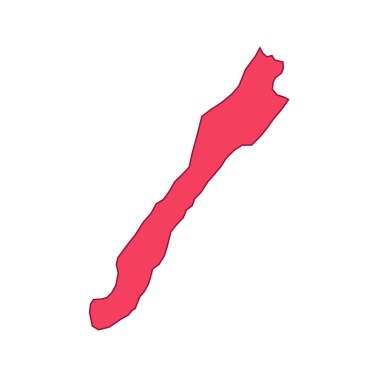 Borgholm, Kalmar, Sweden (orthographic projection), rotated 194°
{"feature_id": "70781695B15457803066593", "entity_name": "Borgholm", "entity_type": "district", "adm_level": 2, "iso_a3": "SWE", "parent_name": "Sweden", "parent_adm1": "Kalmar", "projection": "orthographic", "projection_center": [16.858, 57.026], "detail": "fine", "context": "isolated", "style": "filled", "palette": "rose", "viewbox_px": 384, "rotation_deg": 194, "n_neighbors": 0, "source": "geoboundaries", "source_scale": "gbopen_adm2", "svg_char_len": 1087}
<svg xmlns="http://www.w3.org/2000/svg" viewBox="0 0 384 384"><g transform="rotate(194 192 192)"><path d="M161.0,348.3L163.3,339.0L169.7,323.8L172.1,306.3L176.8,297.0L184.9,285.9L193.7,276.5L200.7,267.8L200.7,249.2L201.2,229.4L200.7,215.4L207.0,204.4L211.1,198.0L214.0,187.6L218.0,177.7L223.8,171.9L226.7,160.9L231.9,151.0L236.5,137.1L242.2,124.4L248.0,110.5L247.9,103.6L243.9,95.5L243.3,82.9L245.5,74.8L249.0,69.0L254.1,66.1L261.6,63.8L263.3,58.6L262.1,50.0L259.8,45.4L256.3,37.9L249.4,35.7L239.7,40.9L229.9,51.8L224.2,57.0L221.3,62.8L219.0,65.1L217.3,77.7L214.4,83.5L212.1,91.6L211.6,99.1L211.6,107.7L206.4,114.1L203.5,123.3L202.9,132.0L202.9,148.2L198.9,156.9L194.3,165.0L193.1,173.1L188.5,178.9L187.9,185.8L183.2,194.0L179.2,205.6L175.1,213.7L170.4,223.0L166.9,233.4L161.1,242.7L154.7,249.7L145.4,252.0L138.9,263.1L134.8,271.8L130.7,282.3L124.2,295.7L120.7,305.0L124.8,306.2L132.9,306.8L138.8,310.9L139.9,317.9L138.7,323.2L134.0,329.0L133.4,334.3L135.2,340.1L143.9,340.1L147.4,343.7L152.1,341.3L156.8,343.7L161.0,348.3Z" fill="#f43f5e" stroke="#9f1239" stroke-width="1.5"/></g></svg>